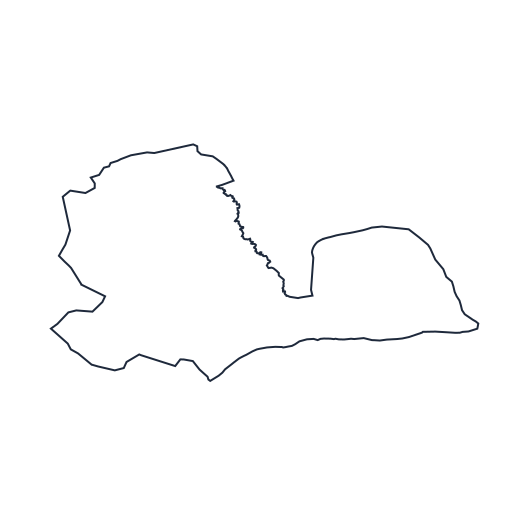 Gulani, Yobe, Nigeria (Equal Earth projection), rotated 263°
{"feature_id": "59680162B10585943230735", "entity_name": "Gulani", "entity_type": "district", "adm_level": 2, "iso_a3": "NGA", "parent_name": "Nigeria", "parent_adm1": "Yobe", "projection": "equal_earth", "projection_center": [11.802, 10.918], "detail": "fine", "context": "isolated", "style": "outline", "palette": "slate", "viewbox_px": 512, "rotation_deg": 263, "n_neighbors": 0, "source": "geoboundaries", "source_scale": "gbopen_adm2", "svg_char_len": 5130}
<svg xmlns="http://www.w3.org/2000/svg" viewBox="0 0 512 512"><g transform="rotate(263 256 256)"><path d="M374.4,207.3L370.6,167.6L372.1,160.5L371.2,144.1L368.6,133.5L367.3,130.1L366.0,123.0L362.9,121.1L362.2,115.8L355.6,110.2L354.0,101.6L347.7,104.8L343.2,104.2L339.3,94.4L343.5,79.7L343.2,79.1L338.3,71.4L304.0,74.6L290.5,68.2L286.0,64.7L280.2,60.4L273.7,65.4L269.5,68.9L266.7,71.0L254.5,76.7L253.6,77.1L249.2,79.2L248.9,79.1L234.4,101.3L229.0,97.9L220.7,86.9L223.9,71.0L222.9,62.9L212.8,50.6L208.9,43.6L192.0,58.5L185.9,60.8L181.0,67.5L175.3,72.9L168.1,79.7L168.1,79.9L165.6,85.8L159.7,101.9L160.9,111.1L166.6,114.6L172.5,128.1L171.5,129.9L156.6,162.4L162.6,168.3L162.1,171.7L159.4,180.5L150.2,186.1L146.5,189.3L142.1,193.2L139.2,193.7L137.6,195.3L140.2,201.0L141.7,204.3L144.3,208.4L147.3,211.5L151.6,218.7L153.4,221.6L153.7,222.2L154.5,223.5L156.3,226.6L157.2,228.8L158.4,232.1L159.1,234.3L161.8,240.9L163.2,245.5L163.5,248.6L163.7,252.5L163.9,255.7L163.5,264.1L162.9,267.9L162.5,270.6L161.9,271.8L162.0,274.6L162.2,276.9L162.3,278.9L162.4,280.7L163.7,284.2L166.0,288.7L167.1,296.4L166.7,303.1L166.0,304.7L165.0,307.0L165.9,309.9L165.8,313.3L165.2,317.6L164.9,319.7L164.0,323.2L164.2,324.8L163.2,327.9L162.4,333.2L162.3,338.0L162.3,340.2L161.6,343.4L161.4,352.9L158.4,360.8L157.9,363.8L157.0,368.6L157.1,375.6L156.4,385.8L156.3,391.1L156.9,397.8L159.7,411.4L160.4,412.3L159.1,424.8L157.1,435.8L155.5,444.3L155.0,448.9L155.5,451.8L155.2,457.7L156.9,466.8L159.3,467.6L161.9,468.4L164.2,466.2L166.3,463.4L172.7,456.1L177.1,453.9L182.3,453.3L187.0,452.5L191.7,450.2L196.2,448.8L201.9,448.2L206.7,447.3L212.1,442.3L220.1,440.3L230.6,433.5L242.3,429.9L246.1,428.1L254.6,420.2L263.9,410.8L269.9,384.6L270.1,374.3L269.2,369.6L268.5,364.9L267.7,356.0L267.4,351.5L267.1,343.6L266.7,338.3L265.7,331.7L265.7,330.9L265.6,330.7L265.6,330.2L265.0,326.0L264.9,325.9L264.9,325.7L264.9,325.4L264.8,325.2L264.8,324.9L264.7,324.9L264.3,323.2L263.3,320.6L263.2,320.5L263.2,320.4L263.1,320.1L263.0,319.9L262.9,319.7L262.1,318.2L260.4,316.3L258.6,314.7L256.9,313.6L254.9,312.6L252.9,312.0L251.3,312.1L247.3,312.7L215.7,306.5L209.8,307.2L209.4,295.2L209.1,292.6L211.4,284.5L212.7,282.3L212.7,281.4L213.5,281.2L214.0,280.8L214.4,280.2L215.1,280.1L215.6,279.8L216.4,280.0L216.7,280.5L217.3,280.5L217.6,279.9L217.5,278.5L218.3,278.5L219.2,278.7L219.7,279.1L220.3,278.7L220.9,278.4L221.5,279.0L222.7,279.9L223.6,279.6L225.5,280.2L227.2,279.9L228.1,280.6L229.2,280.7L233.8,276.3L235.0,276.3L236.3,276.6L238.8,274.6L241.7,271.8L242.6,269.9L242.5,268.3L242.5,267.0L243.2,266.5L244.4,266.1L245.2,265.6L246.3,266.4L247.4,266.9L247.7,268.2L248.4,269.0L248.6,269.4L249.7,269.1L250.2,268.2L250.7,267.3L251.4,267.1L252.8,267.0L254.0,266.5L254.8,266.0L254.9,265.1L254.8,263.9L255.3,263.0L256.5,262.8L256.5,261.8L256.8,260.6L257.1,259.9L257.6,260.2L257.5,261.1L257.8,261.3L258.4,261.5L259.0,261.7L259.2,261.3L259.2,260.6L258.8,260.1L258.3,259.5L258.4,258.9L258.6,257.6L259.0,257.2L260.0,257.2L260.5,256.9L260.7,256.0L261.3,256.0L261.7,256.5L262.2,256.9L263.2,256.7L263.5,256.3L264.1,255.6L264.5,255.1L265.1,255.4L265.4,256.0L265.7,256.6L266.2,256.9L266.9,257.3L267.5,256.9L268.0,256.3L268.2,255.7L268.4,254.8L268.4,253.7L268.9,252.8L269.6,253.3L270.0,254.3L270.3,254.5L270.5,254.1L270.9,252.8L271.5,252.2L272.0,252.1L272.7,252.1L273.2,252.4L273.9,252.2L273.6,251.1L273.4,249.7L273.8,248.8L273.9,247.6L274.3,246.5L275.2,245.7L275.7,245.7L276.8,245.5L277.3,244.4L279.7,246.0L280.2,246.2L281.6,245.5L282.7,245.2L283.8,244.3L284.3,243.5L284.9,243.8L284.8,244.5L285.2,245.3L285.1,246.3L285.6,246.8L286.3,246.8L286.6,245.7L287.1,244.5L287.7,243.8L288.5,243.7L289.5,243.5L290.2,242.6L290.9,242.7L291.9,243.2L292.4,243.0L292.7,242.3L293.1,241.4L293.2,240.8L292.8,239.9L293.2,239.3L293.6,239.6L294.5,240.8L295.4,241.7L296.4,242.7L297.8,243.3L299.8,243.3L300.2,242.8L300.9,243.4L301.0,244.1L302.7,244.0L303.4,243.4L305.8,243.4L305.8,244.5L305.9,245.2L306.9,245.6L308.3,245.7L309.5,245.4L309.4,244.6L309.3,243.4L310.0,243.1L310.8,243.3L311.5,243.5L312.3,243.3L312.7,242.4L312.9,241.4L312.7,241.0L312.8,240.5L313.1,240.2L313.7,240.8L314.2,241.1L314.8,241.4L315.8,241.2L315.9,240.8L316.3,240.2L316.7,239.6L317.1,239.6L317.5,240.0L318.0,240.2L318.4,239.6L319.0,238.4L319.6,238.0L319.3,237.2L319.0,236.0L319.1,234.8L319.7,234.7L320.0,234.0L320.6,233.5L321.0,233.6L321.4,232.7L321.9,232.3L322.3,231.6L322.8,231.6L323.3,232.2L323.7,232.3L324.1,233.3L324.7,233.2L325.5,232.8L325.5,231.8L326.8,230.9L327.3,231.0L327.4,230.2L327.5,229.0L328.2,228.0L328.5,226.7L329.3,226.3L329.7,224.8L330.7,231.0L333.5,242.8L333.7,242.7L333.8,242.7L334.0,242.6L334.3,242.6L334.5,242.5L334.6,242.4L337.0,241.5L338.6,241.0L338.7,240.9L339.0,240.8L341.5,239.8L343.9,238.8L345.5,238.3L345.7,238.2L345.8,238.2L346.0,238.1L346.3,238.0L346.4,237.9L346.5,237.9L346.8,237.8L346.8,237.7L347.0,237.6L348.4,236.8L349.7,235.9L349.8,235.9L350.0,235.8L350.0,235.7L350.3,235.6L350.4,235.4L350.5,235.4L350.7,235.2L350.8,235.1L351.0,234.9L351.2,234.7L351.3,234.7L356.7,229.1L356.8,229.0L357.1,228.7L360.2,225.2L363.5,213.9L367.2,210.7L372.1,211.0L374.4,207.3Z" fill="none" stroke="#1e293b" stroke-width="2"/></g></svg>